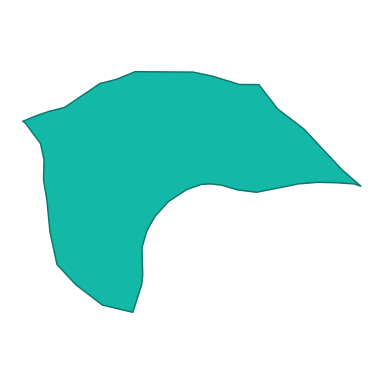 outline of Kowon, Hamgyŏng-namdo, North Korea
{"feature_id": "82179303B22851132027505", "entity_name": "Kowon", "entity_type": "district", "adm_level": 2, "iso_a3": "PRK", "parent_name": "North Korea", "parent_adm1": "Hamgyŏng-namdo", "projection": "robinson", "projection_center": [127.128, 39.407], "detail": "fine", "context": "isolated", "style": "filled", "palette": "teal", "viewbox_px": 384, "rotation_deg": 0, "n_neighbors": 0, "source": "geoboundaries", "source_scale": "gbopen_adm2", "svg_char_len": 662}
<svg xmlns="http://www.w3.org/2000/svg" viewBox="0 0 384 384"><path d="M361.0,186.3L342.0,169.8L319.3,145.5L304.2,129.3L277.6,108.9L258.8,84.6L239.4,84.5L212.5,76.2L193.2,72.1L166.1,71.9L135.1,71.7L115.6,79.6L100.0,83.5L88.2,91.5L64.6,107.4L49.0,111.4L37.3,115.3L23.0,121.2L25.5,123.3L40.5,143.5L44.0,159.7L43.5,179.8L46.9,200.0L50.0,232.2L57.0,264.5L75.9,284.8L102.5,305.1L132.8,312.3L141.7,284.5L142.7,275.2L142.0,247.5L146.6,231.8L150.3,224.5L155.2,216.1L168.4,201.6L186.8,189.5L201.7,184.3L210.9,183.9L221.4,185.1L237.6,189.9L256.4,192.3L298.5,183.9L317.7,182.3L335.8,182.7L354.2,183.9L361.0,186.3Z" fill="#14b8a6" stroke="#0f766e" stroke-width="1.5"/></svg>